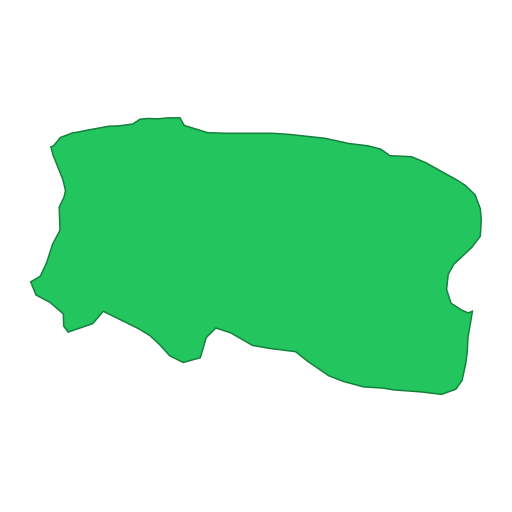 Goychay District, Göyçay, Azerbaijan
{"feature_id": "54616110B88730523237575", "entity_name": "Goychay District", "entity_type": "district", "adm_level": 2, "iso_a3": "AZE", "parent_name": "Azerbaijan", "parent_adm1": "Göyçay", "projection": "mercator", "projection_center": [47.853, 40.574], "detail": "fine", "context": "isolated", "style": "filled", "palette": "green", "viewbox_px": 512, "rotation_deg": 0, "n_neighbors": 0, "source": "geoboundaries", "source_scale": "gbopen_adm2", "svg_char_len": 1188}
<svg xmlns="http://www.w3.org/2000/svg" viewBox="0 0 512 512"><path d="M50.9,146.7L53.0,154.9L62.9,179.7L65.5,190.8L64.0,197.1L59.2,207.1L60.0,230.1L52.6,244.2L46.7,262.4L40.4,276.1L30.7,281.8L36.0,295.0L50.0,302.4L63.3,313.9L63.7,326.1L68.1,332.1L92.8,323.6L103.2,311.3L139.4,329.1L150.1,335.8L160.1,345.1L169.7,355.8L183.3,362.5L200.3,357.7L206.2,337.6L215.8,328.0L230.6,332.8L252.4,345.4L269.4,348.4L295.6,351.7L307.8,361.4L328.8,375.8L343.2,381.4L363.5,386.9L382.7,388.1L393.8,389.9L419.7,391.8L422.6,392.1L441.5,394.4L455.9,389.2L462.1,380.3L465.8,363.2L467.3,351.4L468.0,336.9L470.6,322.4L472.4,311.2L468.2,312.9L461.3,309.9L451.1,303.3L446.6,289.5L448.2,274.4L453.8,264.2L462.0,256.6L471.8,247.4L480.3,236.2L481.3,219.8L480.3,208.6L475.1,194.8L465.2,185.3L456.4,179.7L442.6,172.1L426.2,162.9L411.5,156.7L389.9,155.7L380.7,149.1L367.9,145.8L348.9,143.5L324.4,138.2L288.3,134.3L272.9,133.3L250.7,133.3L228.1,133.3L207.8,132.7L184.2,125.4L179.8,117.6L178.8,117.9L167.6,117.9L158.2,118.8L147.3,118.5L140.0,119.2L132.8,124.0L118.6,125.9L109.0,126.2L97.4,128.3L85.6,130.5L76.6,132.3L72.5,132.9L60.4,137.5L53.2,146.2L50.9,146.7Z" fill="#22c55e" stroke="#15803d" stroke-width="1.5"/></svg>